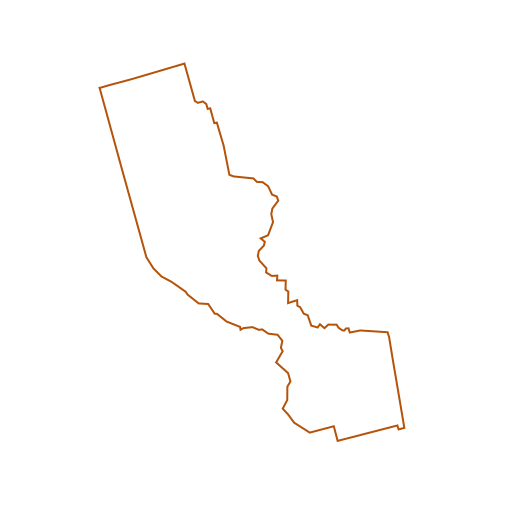 Placer, California, United States of America, rotated 255°
{"feature_id": "52423323B56416092773024", "entity_name": "Placer", "entity_type": "district", "adm_level": 2, "iso_a3": "USA", "parent_name": "United States of America", "parent_adm1": "California", "projection": "orthographic", "projection_center": [-120.777, 39.014], "detail": "fine", "context": "isolated", "style": "outline", "palette": "amber", "viewbox_px": 512, "rotation_deg": 255, "n_neighbors": 0, "source": "geoboundaries", "source_scale": "gbopen_adm2", "svg_char_len": 1537}
<svg xmlns="http://www.w3.org/2000/svg" viewBox="0 0 512 512"><g transform="rotate(255 256 256)"><path d="M460.4,236.7L460.0,220.7L459.5,201.9L459.0,180.8L459.0,179.5L459.0,161.9L459.0,157.4L458.8,149.5L458.8,149.3L458.9,148.5L458.9,148.4L457.5,148.5L450.3,148.5L371.9,149.0L308.2,149.6L283.2,149.8L270.6,153.7L260.7,159.4L252.8,167.8L239.7,178.8L236.3,180.0L225.0,188.4L222.0,197.4L210.9,201.2L210.3,203.3L200.3,210.6L191.6,222.3L188.8,222.0L189.6,225.2L188.2,234.2L183.9,239.7L183.5,243.0L177.8,247.8L174.3,256.5L167.2,259.5L160.9,256.3L157.1,257.1L148.0,247.9L134.5,256.7L125.9,256.8L121.7,252.5L108.8,248.9L101.6,242.3L94.4,246.1L85.1,249.7L71.5,262.2L71.4,287.1L56.3,287.0L55.7,348.7L51.6,348.9L51.6,354.8L80.0,357.5L100.1,359.4L118.4,361.1L125.5,361.8L143.5,363.6L146.5,363.4L148.3,363.4L157.1,337.4L157.8,326.8L162.2,326.6L162.7,324.1L161.1,321.9L161.9,320.1L165.3,317.2L168.8,316.1L171.0,308.1L168.6,303.4L173.5,300.1L171.0,297.0L174.5,291.3L175.4,291.3L185.4,290.6L187.9,287.2L195.1,285.4L197.3,283.1L202.7,284.3L202.2,274.8L213.3,278.0L215.9,275.8L224.6,278.4L227.0,270.0L231.5,271.5L232.7,266.0L237.5,261.5L241.4,262.9L250.7,258.1L255.6,257.8L260.3,260.1L263.9,266.2L267.4,268.2L271.8,265.1L272.9,273.0L284.3,281.2L292.5,281.6L297.6,284.1L303.7,291.8L308.1,291.5L311.1,287.4L320.2,285.8L325.6,281.5L327.4,276.0L331.6,273.6L338.6,255.1L341.3,251.3L370.8,253.3L395.0,252.7L395.1,250.1L410.5,250.0L410.6,247.4L415.7,247.3L419.0,244.7L419.0,239.5L421.5,237.1L460.4,236.7Z" fill="none" stroke="#b45309" stroke-width="2"/></g></svg>